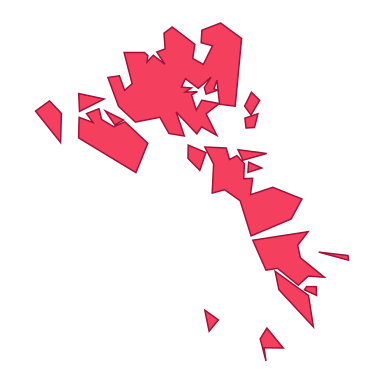 Kota Batam, Kepulauan Riau, Indonesia
{"feature_id": "22746128B16651418017337", "entity_name": "Kota Batam", "entity_type": "district", "adm_level": 2, "iso_a3": "IDN", "parent_name": "Indonesia", "parent_adm1": "Kepulauan Riau", "projection": "albers", "projection_center": [104.04, 0.834], "detail": "medium", "context": "isolated", "style": "filled", "palette": "rose", "viewbox_px": 384, "rotation_deg": 0, "n_neighbors": 0, "source": "geoboundaries", "source_scale": "gbopen_adm2", "svg_char_len": 1895}
<svg xmlns="http://www.w3.org/2000/svg" viewBox="0 0 384 384"><path d="M176.2,112.0L196.8,133.9L201.6,126.9L216.8,135.4L206.1,113.8L218.6,104.1L235.2,106.2L241.6,38.5L220.6,23.0L201.9,30.2L201.1,42.7L212.5,45.8L203.3,64.4L192.7,58.5L194.9,44.4L172.2,27.0L164.0,33.2L165.1,48.9L156.8,52.0L164.9,64.3L153.3,55.3L147.0,62.1L147.9,55.6L144.4,52.5L124.1,52.5L132.1,83.7L124.6,90.3L119.4,75.8L107.9,77.5L118.6,106.4L135.4,122.1L159.9,117.3L169.0,133.5L184.3,136.0L176.2,112.0ZM185.4,78.7L198.3,88.4L211.0,77.2L204.3,87.6L206.1,94.1L217.5,90.2L214.0,88.9L216.9,80.1L219.5,103.6L201.8,100.2L196.3,110.1L191.5,94.9L197.4,91.6L185.2,92.2L191.4,87.9L181.5,87.1L185.4,78.7ZM226.2,148.0L204.8,147.0L213.6,164.1L212.2,193.1L224.6,189.7L240.1,200.7L251.1,235.9L291.1,219.0L301.9,199.0L272.8,187.3L250.5,194.7L252.6,178.3L243.7,178.7L244.4,163.8L236.9,155.6L229.5,159.5L226.2,148.0ZM99.0,108.7L86.5,113.6L92.9,122.4L79.1,117.4L78.6,137.9L135.9,172.6L147.8,143.3L124.9,121.8L113.8,126.7L101.6,119.5L99.0,108.7ZM308.1,231.7L252.8,240.2L266.0,270.2L277.5,268.3L298.4,285.2L308.2,276.1L324.3,277.2L300.4,257.8L297.7,245.2L308.1,231.7ZM275.1,271.3L278.9,289.7L313.4,326.9L308.5,295.5L275.1,271.3ZM49.5,100.9L35.5,111.1L60.6,142.5L61.4,113.4L49.5,100.9ZM104.1,99.0L78.7,93.5L79.5,111.4L104.1,99.0ZM205.9,152.6L188.2,145.1L188.0,158.4L199.8,170.4L205.9,152.6ZM266.9,328.1L260.2,338.8L266.0,361.0L264.1,347.8L283.2,348.0L266.9,328.1ZM266.7,153.5L238.0,149.7L242.9,160.2L266.7,153.5ZM251.4,92.3L244.6,106.2L251.0,114.9L259.7,100.4L251.4,92.3ZM261.8,168.0L248.6,162.1L247.9,172.4L261.8,168.0ZM257.9,113.7L244.9,118.2L246.0,128.0L254.5,127.5L257.9,113.7ZM123.6,120.1L105.3,110.9L114.8,124.8L123.6,120.1ZM348.0,255.5L318.7,252.1L348.5,260.2L348.0,255.5ZM218.4,319.9L204.8,310.2L209.1,331.2L218.4,319.9ZM316.3,286.6L306.6,286.6L304.4,289.8L316.5,295.4L316.3,286.6Z" fill="#f43f5e" stroke="#9f1239" stroke-width="1.5"/></svg>